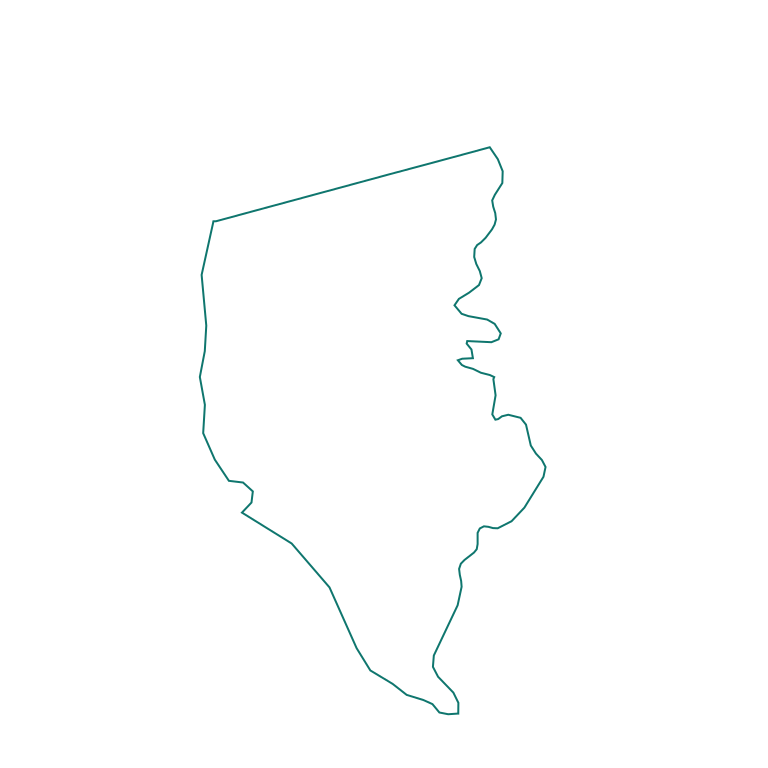 outline of Kaabong, rotated 30°
{"feature_id": "UGA-3125", "entity_name": "Kaabong", "entity_type": "District", "adm_level": 1, "iso_a3": "UGA", "parent_name": "Uganda", "parent_adm1": "", "projection": "mercator", "projection_center": [34.168, 3.648], "detail": "fine", "context": "isolated", "style": "outline", "palette": "teal", "viewbox_px": 768, "rotation_deg": 30, "n_neighbors": 0, "source": "natural_earth", "source_scale": "10m", "svg_char_len": 1497}
<svg xmlns="http://www.w3.org/2000/svg" viewBox="0 0 768 768"><g transform="rotate(30 384 384)"><path d="M154.9,328.4L157.1,327.1L190.2,293.8L233.3,250.5L283.6,199.9L320.7,162.8L357.2,126.1L370.2,132.4L380.4,140.4L386.0,150.8L385.4,164.7L385.9,170.9L389.9,175.8L394.9,180.4L398.7,185.5L400.1,190.7L400.2,196.1L398.9,206.6L397.2,212.9L395.2,217.1L395.0,221.7L398.6,228.9L403.9,233.9L410.5,238.3L415.7,243.5L416.8,250.8L412.0,262.4L406.3,272.8L405.7,280.6L416.1,284.4L423.2,283.0L441.1,276.6L449.8,276.6L459.8,281.8L460.9,288.0L456.1,294.1L434.6,305.2L435.4,307.7L442.5,310.4L448.1,317.2L439.1,323.0L436.1,326.5L441.9,328.6L445.7,328.4L453.5,326.4L462.3,325.8L471.2,323.3L476.0,322.9L476.3,325.1L486.3,338.0L493.0,356.2L498.3,359.2L500.4,357.3L502.3,353.0L507.0,348.5L519.2,345.0L527.3,348.2L541.9,363.9L550.4,368.3L558.8,370.9L565.4,375.1L568.5,384.6L567.4,420.9L563.1,439.0L554.6,452.1L550.4,454.3L545.8,455.5L541.7,457.3L539.2,461.2L539.5,466.1L545.1,475.8L546.9,480.7L546.2,485.0L541.7,496.1L540.4,501.2L541.5,506.6L545.1,511.4L549.3,516.0L552.6,520.8L558.4,538.8L562.9,594.2L567.8,604.5L577.2,610.5L598.4,616.6L607.8,622.9L613.1,632.3L612.9,632.4L604.7,637.9L596.2,640.8L586.0,637.0L576.1,638.0L559.1,641.9L541.4,639.4L515.4,638.9L492.4,626.5L438.5,587.4L383.8,568.3L325.3,566.4L328.5,552.9L324.1,542.6L311.2,539.8L298.1,545.4L275.3,534.1L252.0,517.0L239.3,491.6L221.0,470.0L212.4,445.2L200.9,422.3L171.5,380.7L155.6,330.4L154.9,328.4Z" fill="none" stroke="#0f766e" stroke-width="2"/></g></svg>